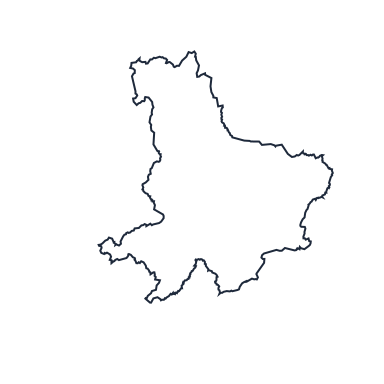 the district of Bolivar, Manabi, Ecuador, rotated 37°
{"feature_id": "8360857B59948244226228", "entity_name": "Bolivar", "entity_type": "district", "adm_level": 2, "iso_a3": "ECU", "parent_name": "Ecuador", "parent_adm1": "Manabi", "projection": "equal_earth", "projection_center": [-80.053, -0.927], "detail": "fine", "context": "isolated", "style": "outline", "palette": "slate", "viewbox_px": 384, "rotation_deg": 37, "n_neighbors": 0, "source": "geoboundaries", "source_scale": "gbopen_adm2", "svg_char_len": 6056}
<svg xmlns="http://www.w3.org/2000/svg" viewBox="0 0 384 384"><g transform="rotate(37 192 192)"><path d="M274.4,83.8L273.4,84.3L272.4,86.1L272.5,87.2L272.0,88.7L271.4,88.9L270.5,90.6L266.8,88.7L266.1,89.2L265.7,90.7L264.3,90.9L263.5,92.6L262.8,92.5L261.4,93.5L260.2,93.1L259.5,93.9L259.2,93.4L257.8,94.2L256.8,93.9L256.2,93.0L255.5,97.8L254.8,99.0L253.4,99.4L252.7,101.8L250.7,103.9L245.6,103.9L235.2,100.2L231.1,104.6L231.2,105.4L229.8,105.1L226.1,106.3L219.5,112.3L215.3,111.3L208.5,116.3L207.3,116.5L202.8,119.5L191.3,124.1L190.3,123.2L188.2,123.4L186.7,122.2L185.7,122.2L183.3,120.8L183.1,121.2L181.9,120.1L181.0,119.9L179.8,120.8L178.4,119.2L177.8,119.6L177.7,119.1L176.1,118.1L174.1,118.3L173.0,117.7L172.4,116.0L171.7,116.1L170.8,115.1L170.8,113.8L168.9,112.6L168.3,110.8L167.0,110.6L166.2,109.3L165.4,107.0L165.7,105.9L164.4,104.5L161.4,107.9L155.2,102.1L152.1,103.6L151.1,102.3L147.3,100.5L143.2,96.5L138.9,89.3L132.0,90.5L131.0,89.4L128.7,93.3L128.3,95.4L126.9,96.9L124.2,94.3L123.6,91.3L121.4,86.7L116.1,84.3L113.7,81.8L113.0,82.1L111.8,79.3L109.3,78.4L108.2,81.2L105.1,82.3L106.1,87.4L105.0,93.0L105.7,99.1L104.0,100.2L103.0,102.7L102.0,102.9L100.1,101.7L96.1,101.6L95.4,102.0L94.2,104.5L93.6,104.7L92.6,101.5L90.7,101.2L89.2,102.1L87.4,102.0L86.7,102.9L84.8,103.4L82.2,107.2L80.8,107.7L80.2,110.3L78.9,111.2L79.2,116.0L78.0,117.2L76.5,116.1L74.1,118.3L71.7,118.7L70.3,118.0L69.7,116.9L69.4,118.3L69.7,119.5L69.1,120.5L69.3,122.0L66.0,125.3L67.5,127.8L68.0,130.1L70.6,128.9L73.0,129.1L74.7,131.5L74.0,132.6L74.4,135.7L86.3,145.6L87.6,147.4L89.1,147.3L90.2,147.9L90.4,151.1L88.7,152.8L91.1,155.0L95.5,155.8L96.0,153.2L97.0,152.0L97.4,149.4L99.2,148.2L99.0,147.0L97.9,145.6L97.5,144.3L100.5,142.7L106.0,144.1L107.9,146.1L110.3,147.6L110.4,149.9L112.2,153.1L113.4,154.1L113.4,156.7L116.1,161.9L119.1,163.0L119.9,164.7L122.5,167.3L126.1,167.4L132.6,177.2L139.7,180.1L140.5,179.9L141.3,178.6L141.2,179.8L142.2,181.0L143.5,181.2L144.2,180.7L145.0,182.0L146.0,182.5L146.2,184.3L147.4,185.4L147.7,187.0L147.3,187.9L145.5,188.7L144.1,191.8L145.5,197.1L145.0,198.6L146.1,200.5L148.1,202.3L147.1,204.2L147.7,206.4L149.9,208.5L149.3,212.3L147.9,215.4L148.3,216.4L150.4,217.7L150.9,219.8L151.6,219.6L152.7,220.6L155.6,220.9L157.7,220.2L159.6,221.3L161.2,220.6L161.4,221.5L163.2,222.4L164.3,222.2L164.7,223.0L165.3,222.5L166.0,223.3L167.2,222.3L167.7,223.4L170.3,224.8L172.2,228.7L182.4,227.4L183.8,228.2L185.1,230.0L185.2,234.2L184.4,236.6L180.5,241.3L179.9,242.7L177.8,242.4L176.1,246.7L175.3,245.7L173.5,246.1L172.9,247.9L171.7,249.1L171.2,252.7L168.1,255.6L168.7,257.8L167.3,259.3L166.9,261.7L165.9,262.9L165.0,262.9L164.2,264.4L164.7,265.5L163.7,266.8L163.7,268.8L164.7,274.5L166.4,276.1L165.9,278.7L163.0,279.4L162.7,280.4L162.2,279.3L160.2,279.6L159.9,278.7L159.4,279.1L156.3,277.3L153.1,278.4L153.3,280.8L152.0,283.0L151.4,287.1L150.5,289.2L149.3,290.4L150.1,290.9L152.2,290.0L153.4,291.0L154.1,294.1L156.2,295.2L159.1,294.4L159.0,293.2L160.0,293.1L160.6,291.6L164.2,291.2L166.3,292.4L167.2,295.7L168.8,294.9L169.5,295.2L169.6,296.2L170.5,297.3L171.1,294.5L171.6,294.0L171.6,292.4L172.6,290.5L174.6,290.4L179.4,284.2L179.5,282.2L179.3,280.9L178.6,280.1L178.9,279.5L181.0,279.0L184.0,279.7L186.0,279.2L186.9,279.8L186.9,280.7L188.3,281.0L190.4,282.3L191.5,281.6L191.7,280.2L193.1,280.1L193.1,277.9L195.7,277.3L199.4,278.6L201.4,280.4L202.7,279.9L205.1,280.6L205.8,281.4L207.0,281.2L208.4,282.7L209.5,279.4L210.3,278.8L211.9,280.2L212.6,281.5L214.2,281.7L215.2,284.1L219.5,281.8L220.3,284.4L220.0,287.9L222.1,291.8L219.6,295.2L220.2,297.5L219.2,301.5L219.8,304.2L218.9,304.5L218.9,305.2L225.0,305.6L225.9,305.0L225.2,300.2L227.8,296.8L231.3,296.6L232.4,297.2L233.0,296.0L234.4,295.0L234.3,293.1L235.1,293.0L235.2,291.5L236.2,289.0L236.2,286.2L237.4,286.1L237.5,284.2L238.2,285.0L238.8,284.2L239.2,284.9L239.0,283.4L239.9,283.6L239.7,282.1L240.8,281.8L240.4,281.1L241.0,279.8L240.6,279.3L241.3,278.8L241.3,275.1L241.9,274.8L240.1,273.1L240.4,271.2L239.9,270.7L240.3,270.2L239.3,269.7L239.1,268.9L239.7,268.6L239.5,266.9L240.8,265.7L240.8,264.3L241.5,263.5L241.1,262.9L241.5,262.0L240.7,261.7L241.0,260.4L240.2,259.9L240.2,258.6L239.5,258.1L239.7,255.8L239.4,255.3L240.0,254.5L239.7,252.1L240.1,250.4L239.7,248.8L238.2,249.5L238.3,247.2L237.3,245.1L235.7,244.3L235.7,243.6L236.9,243.6L236.8,243.0L237.8,241.5L239.0,241.4L239.5,240.2L240.8,239.8L242.0,240.3L242.5,239.5L244.3,240.0L245.5,241.7L246.5,241.3L247.5,242.7L251.5,243.8L252.2,245.0L252.5,244.3L255.5,243.3L256.6,244.1L259.8,243.2L261.5,243.4L263.4,244.3L262.8,245.2L264.6,247.7L264.8,248.5L264.3,249.6L265.1,250.5L266.7,250.4L267.3,251.1L268.6,250.6L270.5,251.0L270.9,252.8L271.9,254.0L273.1,254.0L274.8,255.5L275.2,256.9L275.6,255.2L276.8,254.3L277.3,252.7L279.4,250.2L282.1,248.6L282.8,247.1L283.9,247.0L287.3,242.9L288.1,241.5L287.2,238.9L287.0,234.7L287.8,232.7L289.0,230.5L289.4,231.0L289.7,230.6L292.0,225.1L294.3,224.3L295.0,223.4L296.4,222.8L296.0,220.5L292.8,218.8L292.6,218.1L292.2,205.2L290.1,201.9L288.8,202.9L286.9,202.6L286.0,200.3L286.5,197.8L294.3,187.4L297.4,186.2L299.1,184.8L299.9,180.8L309.1,176.9L310.1,175.8L310.0,174.2L310.4,174.4L310.6,173.2L312.3,173.0L311.2,171.0L312.9,171.3L316.2,170.0L317.7,164.9L318.0,163.4L317.6,161.7L316.6,160.0L315.2,160.7L313.0,159.0L311.5,161.6L309.9,161.1L308.9,161.9L307.8,160.6L306.9,157.4L305.9,156.3L304.6,153.0L303.1,152.0L300.2,154.0L299.3,154.0L298.4,153.3L297.4,150.7L296.8,147.1L297.2,144.6L294.9,140.4L294.3,137.6L294.5,136.1L293.2,132.5L292.6,132.1L293.0,130.3L292.8,128.8L293.3,127.7L293.0,125.4L294.4,123.3L295.6,123.8L295.3,121.8L295.5,121.3L296.5,120.9L296.5,120.3L297.3,119.9L298.4,117.9L299.4,117.7L298.8,117.5L298.2,116.4L299.6,113.9L298.8,112.3L299.7,111.7L299.1,111.2L297.9,107.6L298.2,106.3L299.0,106.4L298.9,105.6L297.7,104.8L297.9,103.7L297.4,102.7L296.0,102.3L293.9,96.6L293.8,94.2L293.1,93.9L293.0,92.1L290.8,90.7L290.2,89.6L287.8,90.8L287.3,90.1L286.6,90.8L283.2,89.3L282.7,89.6L281.4,89.1L278.1,89.4L277.4,88.3L276.8,88.2L276.3,86.9L274.1,85.2L274.4,83.8Z" fill="none" stroke="#1e293b" stroke-width="2"/></g></svg>